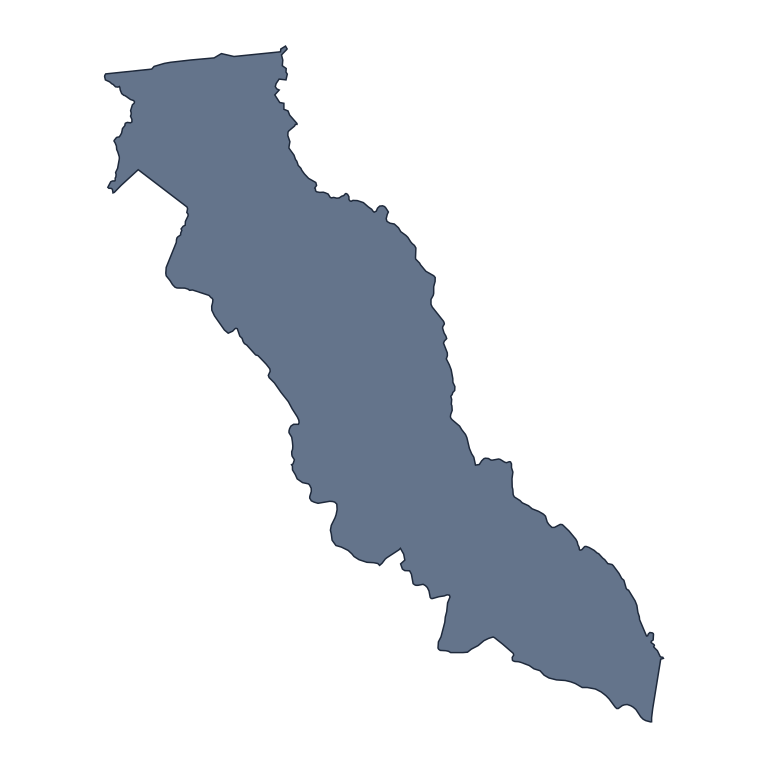 Chivi, Masvingo, Zimbabwe (Mercator projection)
{"feature_id": "62879985B12004776276546", "entity_name": "Chivi", "entity_type": "district", "adm_level": 2, "iso_a3": "ZWE", "parent_name": "Zimbabwe", "parent_adm1": "Masvingo", "projection": "mercator", "projection_center": [30.666, -20.5], "detail": "fine", "context": "isolated", "style": "filled", "palette": "slate", "viewbox_px": 768, "rotation_deg": 0, "n_neighbors": 0, "source": "geoboundaries", "source_scale": "gbopen_adm2", "svg_char_len": 6090}
<svg xmlns="http://www.w3.org/2000/svg" viewBox="0 0 768 768"><path d="M663.4,658.4L662.8,657.3L661.2,657.1L660.2,656.5L657.4,650.7L653.8,647.1L653.7,646.5L654.4,645.7L654.1,644.7L651.1,642.5L651.3,641.2L652.9,640.3L653.2,639.6L653.5,634.2L653.2,633.5L652.3,632.9L649.9,632.5L648.3,634.0L647.6,635.8L646.5,636.0L639.6,619.7L639.3,616.6L637.9,612.4L636.9,605.5L635.1,600.9L628.5,590.1L627.3,589.7L626.2,588.4L623.9,580.3L621.7,578.4L619.0,573.4L613.2,565.6L612.0,564.5L607.8,563.6L604.7,559.6L602.7,558.1L598.7,553.7L597.1,553.0L594.2,550.4L589.1,547.5L586.0,546.4L584.6,546.6L581.8,549.7L580.1,550.2L579.4,549.6L579.1,547.3L577.8,544.6L577.2,541.8L575.8,539.2L569.0,531.0L563.1,525.3L562.2,524.6L560.2,524.4L554.5,527.4L551.9,527.4L548.9,524.5L547.2,522.0L545.5,516.2L543.5,514.2L538.5,511.3L532.1,508.8L528.5,505.7L522.2,502.8L520.1,500.6L514.3,496.9L513.2,494.7L512.8,489.3L512.2,487.0L512.0,478.7L512.9,472.1L511.5,467.7L511.5,463.9L510.5,461.9L509.3,461.7L506.5,462.7L504.7,462.2L500.2,459.4L498.6,459.0L492.0,460.2L490.6,459.9L488.5,458.5L485.4,458.2L484.0,458.6L481.7,460.8L479.3,464.5L475.5,465.1L473.8,457.2L471.6,453.7L469.4,448.4L466.9,437.7L465.5,434.5L461.7,429.6L459.6,426.1L452.2,419.8L451.0,418.4L450.4,416.9L450.7,414.5L452.2,410.4L451.9,405.8L451.3,404.3L451.7,399.5L450.8,396.3L452.2,394.5L452.8,392.5L454.7,390.5L454.9,386.6L452.9,382.3L452.8,378.5L451.2,369.8L449.3,364.8L446.3,358.9L447.4,355.7L447.3,352.8L443.5,343.1L444.4,341.0L446.7,338.6L445.9,336.1L444.1,333.0L442.6,328.2L442.7,326.8L444.3,324.1L444.3,323.3L443.6,321.4L432.2,307.0L431.0,304.3L431.0,299.4L433.3,295.2L433.7,293.3L433.7,286.7L435.1,281.5L435.2,277.5L433.8,275.8L425.9,271.3L420.5,264.8L419.6,263.1L415.7,259.1L415.5,257.9L415.9,248.0L414.4,245.4L412.2,243.6L410.6,241.7L407.9,237.4L405.9,235.4L400.8,231.7L398.5,227.8L394.3,224.0L390.0,223.2L387.0,221.4L386.2,218.7L387.3,214.3L388.4,212.0L385.8,207.9L384.6,206.6L382.6,205.8L379.7,206.1L377.5,208.2L376.3,211.1L374.2,212.2L373.1,211.3L371.7,209.3L368.3,206.9L363.4,202.6L357.4,200.6L352.9,200.4L351.1,201.3L350.0,200.9L349.0,199.6L348.9,196.7L347.6,194.4L346.4,193.6L345.5,193.6L343.7,195.6L341.7,196.2L339.2,197.9L336.8,198.2L333.7,197.4L331.3,197.9L330.1,197.2L328.1,194.0L325.2,192.8L323.3,192.2L319.7,192.4L316.7,191.8L315.6,190.8L315.4,188.9L314.7,188.1L316.6,185.4L315.8,182.5L308.6,178.4L304.4,173.9L301.8,170.3L300.9,168.3L298.2,165.4L296.8,161.2L295.5,159.5L294.0,155.1L289.0,148.2L289.0,146.8L289.9,141.7L287.8,135.5L288.0,132.2L288.8,130.9L294.6,126.0L295.4,124.4L297.0,124.4L297.0,123.5L289.7,115.2L288.0,110.9L283.9,109.3L283.9,103.3L279.7,102.5L274.8,94.9L279.2,90.0L276.7,88.8L275.3,86.6L276.1,83.6L279.1,79.1L286.0,79.9L287.3,74.1L286.0,72.1L286.2,68.5L282.3,65.7L282.8,60.1L281.5,54.9L287.1,49.1L287.4,49.4L285.5,46.1L280.8,49.0L280.5,51.8L234.0,56.5L221.4,53.6L214.1,57.9L190.7,60.0L170.5,62.3L164.3,63.4L154.1,66.4L151.7,69.1L105.7,73.9L104.8,75.4L104.6,76.6L105.4,79.9L109.7,81.9L111.8,83.8L113.1,84.4L115.5,86.8L118.0,87.1L119.4,86.5L119.9,87.7L120.2,89.9L121.7,93.6L123.8,95.3L125.1,95.7L130.5,99.5L133.7,100.6L134.5,101.9L134.1,103.3L132.4,104.8L130.6,110.6L131.2,113.0L131.1,114.6L130.5,116.1L131.9,119.4L131.9,121.9L130.6,122.8L127.3,122.4L125.4,123.2L125.0,124.1L124.9,125.6L122.5,128.5L121.6,133.0L120.3,135.4L119.2,136.9L116.9,137.3L116.3,137.7L114.1,140.5L114.1,141.3L115.0,142.6L116.4,146.0L116.7,149.6L117.7,151.7L119.3,156.9L119.3,158.9L117.6,168.3L115.6,172.5L116.1,174.6L115.8,177.1L115.2,178.0L115.2,180.2L114.8,180.9L112.4,181.0L110.7,181.8L107.8,187.3L108.9,188.3L111.3,188.4L112.4,189.4L113.0,192.9L114.3,192.4L121.1,185.4L138.2,169.7L187.0,207.0L187.6,208.7L186.8,212.5L188.0,214.0L188.1,215.8L185.4,221.4L185.2,225.2L183.1,226.3L181.1,228.9L181.8,230.5L180.7,233.0L180.6,234.9L177.8,236.9L177.0,237.8L176.5,239.6L176.3,242.4L166.2,267.4L165.8,273.2L166.2,275.8L170.1,280.7L172.5,284.6L175.0,287.2L177.1,288.0L184.7,288.1L188.0,289.1L189.6,290.3L192.5,290.0L209.0,295.4L211.2,297.8L211.9,298.1L212.9,299.6L212.6,302.7L211.7,306.2L211.8,310.2L214.5,315.9L224.4,330.0L228.2,333.2L232.6,331.2L234.9,328.8L235.9,328.3L237.3,328.7L239.8,336.1L242.1,338.4L243.1,341.5L244.4,343.6L246.7,345.0L255.6,354.9L258.0,355.6L266.3,364.3L269.8,368.8L270.2,371.2L268.3,375.4L269.1,377.6L274.4,382.9L281.0,392.4L288.3,401.6L292.2,408.9L297.3,416.9L298.8,420.2L299.1,422.6L298.4,424.3L293.6,424.3L290.9,426.1L289.6,428.6L289.0,430.9L289.0,432.7L291.7,437.2L292.4,441.7L292.8,446.1L292.6,449.2L291.7,451.7L291.8,454.5L292.1,456.1L294.4,459.8L293.0,463.9L291.5,464.7L292.4,466.0L292.5,469.9L295.3,474.6L297.2,478.9L302.5,482.6L308.5,483.9L309.6,485.1L311.2,488.3L311.3,491.4L309.8,496.4L309.7,498.1L311.3,500.8L314.0,502.1L318.0,503.3L329.7,501.3L332.5,501.5L334.7,502.1L336.8,504.1L337.1,509.6L336.1,514.7L335.0,517.8L331.3,525.3L330.4,530.2L331.3,534.0L332.1,540.2L335.9,545.5L341.4,547.1L348.1,550.4L351.8,553.8L354.0,556.5L359.0,559.7L366.9,562.3L373.7,562.7L377.8,563.5L379.6,565.4L382.1,563.2L385.2,559.1L386.6,557.9L399.0,549.8L400.4,548.3L403.7,554.2L404.8,560.1L400.6,563.9L402.4,569.0L404.7,570.6L409.6,570.8L411.4,574.2L413.1,583.6L414.6,584.8L415.9,585.3L418.0,585.3L423.1,584.3L425.4,585.6L427.3,587.5L429.0,591.0L430.2,597.4L431.2,598.5L432.3,598.6L439.0,596.7L444.3,595.9L447.1,594.8L449.4,595.2L450.0,597.0L447.6,602.8L446.7,611.6L445.3,617.0L444.8,622.2L441.0,636.8L438.4,641.9L438.0,648.0L438.6,649.2L440.2,650.4L445.8,650.7L448.5,651.3L450.7,652.6L462.7,652.6L467.5,652.2L471.4,649.1L478.1,645.6L483.9,640.7L488.6,638.4L493.1,637.0L494.4,637.6L502.6,644.1L513.3,653.4L513.7,655.1L512.2,657.4L512.4,660.1L513.2,660.9L514.9,661.5L518.4,661.7L520.7,662.3L529.2,665.5L533.9,668.8L540.0,670.7L544.1,675.2L549.0,678.0L556.5,679.9L565.3,680.5L570.7,681.8L575.3,683.5L582.2,687.5L587.3,687.5L595.4,689.0L601.1,691.9L606.0,695.7L609.1,698.9L615.2,707.1L616.7,708.5L618.3,708.5L622.4,705.5L624.5,704.8L627.2,704.5L630.7,705.7L633.1,707.1L635.9,709.5L640.7,716.8L643.1,719.2L645.7,720.6L650.5,721.9L651.6,721.8L651.6,717.8L652.7,708.7L660.7,659.2L663.4,658.4Z" fill="#64748b" stroke="#1e293b" stroke-width="1.5"/></svg>